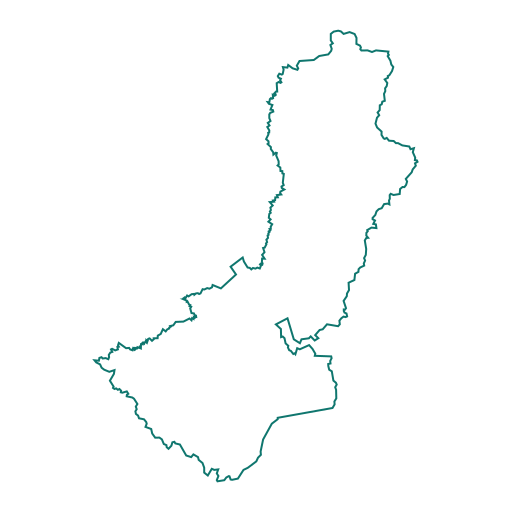 Makonde, Mashonaland West, Zimbabwe
{"feature_id": "62879985B9452203972303", "entity_name": "Makonde", "entity_type": "district", "adm_level": 2, "iso_a3": "ZWE", "parent_name": "Zimbabwe", "parent_adm1": "Mashonaland West", "projection": "mercator", "projection_center": [29.982, -17.062], "detail": "fine", "context": "isolated", "style": "outline", "palette": "teal", "viewbox_px": 512, "rotation_deg": 0, "n_neighbors": 0, "source": "geoboundaries", "source_scale": "gbopen_adm2", "svg_char_len": 6051}
<svg xmlns="http://www.w3.org/2000/svg" viewBox="0 0 512 512"><path d="M338.1,326.2L339.8,324.3L339.4,320.7L341.3,318.3L343.5,316.6L345.6,317.1L347.1,316.4L346.5,313.5L344.5,312.6L343.8,311.1L343.8,309.5L344.9,309.7L346.0,308.2L343.6,300.9L346.8,296.2L347.0,293.5L349.0,290.1L348.6,282.7L354.4,280.0L355.1,273.7L358.4,271.9L358.6,269.2L360.2,267.5L364.2,265.6L363.8,263.4L365.1,260.6L364.1,258.1L365.8,254.9L366.2,249.0L364.8,240.4L366.3,238.0L368.1,237.8L366.3,235.6L366.4,232.8L367.7,231.3L367.2,230.1L371.5,227.6L376.4,228.1L375.9,224.4L373.3,223.9L375.0,220.5L372.6,219.2L372.6,217.9L375.3,215.0L376.5,211.4L378.7,209.2L381.7,208.2L384.1,204.1L387.7,203.6L389.4,204.4L389.0,200.5L389.8,198.8L389.7,195.1L390.7,193.8L393.5,195.0L399.7,194.0L400.1,189.0L402.5,187.0L404.4,187.1L406.1,184.9L407.1,181.5L405.8,178.9L411.7,172.3L412.7,169.4L415.8,165.7L415.0,163.3L417.5,161.8L416.9,160.4L414.9,160.1L415.2,157.6L412.8,152.2L413.9,148.2L410.5,149.2L409.3,146.5L402.3,145.4L398.0,143.1L395.9,143.1L393.7,141.0L389.0,140.7L386.7,137.9L384.8,138.9L383.7,138.4L381.5,134.9L381.6,131.6L377.1,127.5L375.5,123.6L377.0,117.7L379.2,115.2L377.6,112.5L379.7,110.1L379.8,105.3L381.7,104.3L382.3,101.7L384.8,100.8L384.0,93.9L385.3,91.1L385.1,88.3L386.7,86.1L387.3,83.0L384.7,79.4L388.0,77.7L387.8,76.0L389.3,75.3L392.0,71.1L393.3,67.0L391.3,64.5L390.4,60.7L387.7,56.1L388.8,54.9L388.0,53.7L388.4,51.6L376.0,50.4L372.0,52.0L367.6,50.4L361.4,50.5L360.3,49.2L360.9,47.4L360.0,45.6L356.4,43.9L356.5,37.9L354.6,34.0L349.6,32.1L343.6,33.9L340.9,31.4L338.2,30.7L333.7,31.6L330.8,33.9L330.8,40.5L332.8,43.3L330.4,45.0L331.7,48.8L331.2,50.8L328.3,54.4L319.2,56.0L313.8,60.0L299.5,61.0L296.8,65.7L298.2,68.4L297.4,69.8L292.6,68.3L288.2,65.0L287.4,67.6L282.9,67.1L283.6,69.7L282.7,74.0L281.8,74.6L279.3,73.7L277.8,76.1L278.6,77.7L280.9,78.7L280.1,80.2L281.4,82.3L280.5,82.9L278.6,82.0L276.7,83.2L277.2,91.5L276.1,91.5L274.3,93.4L275.7,94.3L275.6,95.2L274.4,95.8L272.8,94.9L273.1,98.2L271.9,98.8L271.0,98.1L269.9,99.1L269.3,102.3L267.7,102.1L268.9,103.8L272.4,105.0L270.5,109.6L272.9,110.1L273.3,111.6L270.2,112.9L269.3,114.4L269.3,118.1L270.5,121.0L267.8,122.9L269.5,125.5L267.3,127.0L269.3,130.4L269.2,132.5L268.2,132.8L268.4,134.5L266.1,139.1L268.5,141.3L268.6,143.2L267.6,144.0L270.9,147.1L270.8,149.0L273.2,152.3L273.4,154.6L275.8,152.7L276.8,153.0L276.2,155.5L278.6,161.2L278.7,164.4L277.6,165.5L280.3,167.5L280.5,171.0L282.3,171.1L282.4,173.4L283.8,173.9L282.8,182.8L283.7,185.1L281.5,186.5L281.8,188.0L284.3,189.5L280.4,191.6L280.1,193.0L281.2,194.5L276.9,195.1L277.8,197.3L275.3,197.4L275.1,200.2L273.1,200.5L273.9,201.7L269.8,202.1L272.7,205.5L270.4,207.6L270.9,210.0L269.9,211.5L270.7,212.8L269.3,213.9L268.8,217.8L270.6,219.4L268.4,221.7L272.2,224.2L270.7,226.7L270.8,228.8L269.6,229.0L270.3,230.3L268.8,231.3L269.5,232.0L268.3,233.4L268.6,234.8L267.6,235.5L268.0,237.9L266.4,239.7L267.1,242.1L266.0,243.4L266.4,244.3L264.7,247.6L263.1,248.0L264.5,252.2L262.1,254.9L264.6,258.7L262.1,258.6L261.9,261.9L262.6,263.5L262.3,264.6L260.7,263.7L260.0,264.4L261.0,265.5L259.8,268.5L257.3,267.6L255.5,268.6L252.9,268.0L251.3,269.4L249.8,267.9L247.6,267.5L243.9,261.5L242.7,257.5L230.6,266.7L236.0,274.5L220.9,288.4L212.6,285.0L212.0,287.3L209.4,288.7L207.2,288.1L204.3,289.5L202.6,289.2L200.5,293.4L199.1,294.0L197.9,293.2L196.0,293.4L194.3,294.8L194.0,293.9L191.6,294.2L188.6,296.4L187.1,295.5L185.2,298.7L184.6,297.5L183.5,298.3L184.1,299.1L183.4,299.2L186.7,300.6L186.7,301.8L187.5,301.5L189.0,304.4L190.3,305.1L189.6,306.1L191.2,306.8L190.2,308.4L191.5,313.1L193.9,313.4L194.6,315.0L196.0,315.6L196.2,317.0L194.0,316.8L194.4,318.0L193.5,318.1L193.5,318.9L192.1,318.1L191.5,320.3L189.5,318.5L183.4,321.6L175.7,321.9L173.3,325.3L170.3,326.0L170.8,326.6L169.2,327.6L169.2,328.5L167.2,329.4L165.7,331.4L162.9,329.2L160.7,334.0L157.8,335.6L157.6,338.2L153.7,338.3L153.8,339.2L152.0,340.8L149.6,338.4L148.6,338.7L146.7,340.2L147.7,340.6L147.2,342.0L146.4,340.9L146.4,342.4L145.6,341.6L145.3,342.4L144.2,342.4L144.1,343.5L142.8,342.6L142.1,343.3L142.5,344.3L141.0,344.2L140.9,347.2L139.6,345.6L140.5,348.3L137.5,347.2L137.4,348.0L134.7,347.9L135.6,348.7L134.3,348.8L135.3,350.4L132.8,348.9L132.5,350.3L130.1,349.4L129.1,347.9L126.1,348.2L118.8,342.9L118.0,345.3L118.8,346.7L117.4,347.0L117.9,349.4L115.2,350.4L112.1,348.8L111.0,349.4L112.3,351.9L110.3,352.6L108.8,354.9L109.1,357.2L108.3,359.2L105.7,358.1L102.7,358.5L101.5,357.2L99.4,357.9L98.9,360.7L94.5,360.3L96.2,362.4L100.1,364.4L101.6,367.7L104.2,369.7L109.3,371.8L114.5,370.1L113.9,373.9L109.9,380.7L113.6,386.6L113.0,387.9L114.5,389.0L116.1,388.4L117.9,389.8L119.4,389.0L121.1,390.7L120.8,392.3L122.3,392.7L126.8,391.4L128.3,393.8L126.9,394.8L126.7,396.3L132.3,397.5L134.0,398.7L137.4,404.0L135.8,406.6L136.7,409.2L135.4,411.3L135.9,413.9L138.1,415.6L139.0,418.3L144.0,419.3L146.2,422.0L146.7,423.7L145.5,426.9L151.2,429.0L152.2,433.5L155.2,437.7L159.4,437.6L161.9,439.4L163.8,444.0L166.4,445.1L166.7,447.2L168.5,448.8L171.4,445.7L172.4,442.3L174.4,441.8L175.3,443.4L179.9,444.5L186.2,455.5L191.2,457.1L193.4,454.4L198.0,457.1L198.7,459.9L202.5,463.0L204.2,467.7L204.2,472.6L207.8,475.5L211.8,468.8L214.3,469.9L218.2,469.4L216.8,473.4L218.4,476.0L216.8,480.1L217.5,481.3L224.3,480.2L226.3,477.5L228.8,476.1L229.5,476.3L230.6,479.5L232.1,479.8L237.9,478.6L243.5,469.9L247.8,467.8L256.3,461.4L258.0,457.7L260.9,454.8L260.6,451.6L263.1,439.5L271.8,423.7L277.7,419.2L277.7,417.8L332.5,408.0L334.6,404.4L334.4,401.5L336.3,398.4L336.1,389.8L335.2,387.2L336.7,384.6L335.9,382.7L333.4,380.6L331.8,371.3L329.2,369.7L328.3,366.0L328.2,364.0L330.5,363.5L330.2,361.0L331.6,358.2L331.2,356.4L314.8,355.8L315.3,353.7L312.5,348.9L309.1,345.1L299.8,349.3L297.2,348.2L295.4,354.2L294.7,353.3L293.3,354.0L290.9,350.9L289.2,350.2L287.9,347.4L288.3,345.8L285.6,343.4L284.5,338.2L282.7,336.5L281.1,337.1L280.9,329.0L275.9,324.4L287.5,318.3L293.8,339.3L299.9,343.2L301.5,339.3L308.9,338.3L310.7,336.4L314.7,340.5L318.3,338.2L315.2,335.1L319.6,330.0L322.7,329.3L327.0,324.3L338.1,326.2Z" fill="none" stroke="#0f766e" stroke-width="2"/></svg>